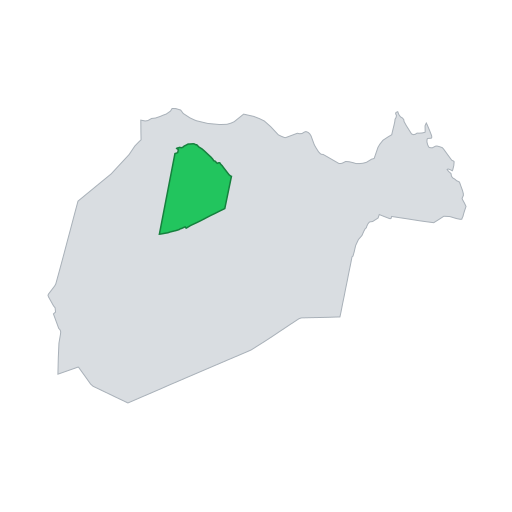 location of Tesker, Zinder, Niger, rotated 191°
{"feature_id": "23599985B16015640173227", "entity_name": "Tesker", "entity_type": "district", "adm_level": 2, "iso_a3": "NER", "parent_name": "Niger", "parent_adm1": "Zinder", "projection": "robinson", "projection_center": [11.083, 15.833], "detail": "fine", "context": "in_parent", "style": "filled", "palette": "green", "viewbox_px": 512, "rotation_deg": 191, "n_neighbors": 0, "source": "geoboundaries", "source_scale": "gbopen_adm2", "svg_char_len": 4106}
<svg xmlns="http://www.w3.org/2000/svg" viewBox="0 0 512 512"><g transform="rotate(191 256 256)"><path d="M395.0,367.4L390.5,367.4L388.0,368.3L384.7,371.1L381.1,372.2L376.7,374.7L373.9,376.6L371.2,378.2L367.6,381.9L366.5,384.8L362.9,385.4L357.8,384.9L354.6,382.0L347.2,379.0L342.4,377.8L340.2,377.4L328.8,376.9L316.8,378.1L310.6,379.5L309.5,379.8L306.0,381.6L303.1,383.6L295.2,392.9L284.9,392.6L278.8,391.5L273.6,390.1L266.3,385.8L257.2,379.2L253.8,378.3L250.6,377.7L249.6,377.8L238.8,384.4L236.7,384.3L234.2,385.0L232.5,386.6L231.2,387.5L230.0,387.6L228.3,387.2L226.6,386.2L224.9,384.4L220.5,377.1L219.6,375.8L217.7,373.6L214.6,370.3L212.4,368.7L211.1,368.3L209.5,368.5L200.9,365.6L192.2,362.6L190.3,363.0L189.0,363.6L186.0,365.9L182.4,366.3L178.0,366.1L175.5,365.8L171.6,366.6L168.9,367.4L165.5,369.0L160.9,373.2L159.7,373.7L158.6,374.4L157.0,385.9L155.8,389.3L153.4,393.9L148.9,398.3L145.9,400.9L145.8,404.4L145.5,410.3L145.4,414.3L145.6,416.9L145.1,418.1L144.9,419.2L145.0,420.9L145.7,421.7L146.2,422.8L145.9,423.7L144.4,424.7L142.8,422.1L140.8,420.2L138.6,419.4L137.0,418.1L136.3,416.2L133.3,412.6L126.6,405.5L125.9,405.4L124.8,405.1L122.8,405.9L121.7,407.1L120.8,407.5L119.6,407.6L116.3,408.5L113.7,409.7L113.7,410.6L114.9,416.0L114.2,419.0L113.1,417.6L109.4,412.1L106.9,408.1L106.4,407.2L106.1,405.8L106.3,405.2L107.4,404.8L109.7,404.2L110.2,403.8L110.3,402.7L110.0,400.6L108.7,397.9L107.3,396.0L106.5,395.6L105.1,395.6L103.6,395.8L100.7,398.1L99.4,398.5L96.4,398.3L93.8,397.9L92.2,396.7L87.4,392.2L82.2,387.4L80.0,386.8L79.5,386.3L79.1,382.6L79.3,378.2L79.6,377.1L81.8,377.8L84.1,378.1L84.9,377.3L83.0,375.7L80.3,374.1L79.4,371.7L78.6,370.9L77.4,370.0L76.0,369.6L74.6,368.9L73.6,368.2L72.1,367.9L70.4,367.4L68.1,363.5L65.8,359.7L64.4,356.8L64.0,355.0L64.7,351.9L64.0,350.7L61.4,347.6L59.3,344.7L59.9,340.3L60.3,336.6L60.4,334.3L60.8,332.9L61.0,331.4L62.5,331.0L66.2,331.0L73.3,331.7L79.0,330.9L79.3,330.8L83.4,326.8L87.9,322.6L94.6,322.2L101.9,321.8L107.6,321.6L115.9,321.3L122.6,321.0L130.4,320.7L130.6,318.7L131.1,318.3L131.9,318.2L137.6,319.2L142.9,320.2L143.4,316.6L148.1,312.1L150.8,311.2L151.5,310.4L152.3,308.8L152.9,306.5L153.1,304.8L154.1,303.4L154.9,300.8L155.9,296.4L158.6,291.7L160.2,285.3L160.4,279.1L160.8,274.4L161.6,273.4L161.6,265.1L161.7,256.7L161.7,249.6L161.8,240.8L161.8,233.1L161.9,224.7L161.9,217.2L162.0,212.2L167.4,211.0L173.0,209.7L181.2,207.9L190.1,206.0L199.7,203.9L201.9,202.6L209.3,195.4L212.6,192.1L219.2,185.6L224.2,180.6L230.7,174.3L237.5,167.9L242.9,162.8L251.4,157.0L264.3,148.3L277.1,139.6L289.9,130.9L302.7,122.2L315.5,113.5L328.2,104.7L341.0,96.0L353.7,87.3L366.5,90.6L378.7,93.8L391.0,97.0L393.9,98.7L400.4,104.9L408.8,112.8L409.1,113.0L409.5,113.0L417.5,108.3L427.9,102.2L430.7,118.7L432.8,132.9L433.0,141.9L433.2,144.2L434.0,145.8L435.9,147.4L443.8,160.5L442.1,162.7L443.3,166.8L445.3,168.5L451.9,176.3L452.7,177.8L452.4,179.1L447.9,188.2L447.2,190.4L446.3,202.1L445.7,210.3L444.9,221.6L444.0,235.2L443.2,246.6L442.2,261.7L441.2,275.9L434.7,283.8L423.2,297.7L413.8,309.0L409.1,316.6L399.9,331.4L395.9,340.9L392.6,345.9L391.0,348.1L392.5,355.1L395.0,367.4Z" fill="#d9dde1" stroke="#a8b0b8" stroke-width="1"/><path d="M329.9,270.0L329.6,270.2L326.0,273.5L319.4,278.3L317.3,279.9L312.9,283.4L308.4,287.0L304.2,290.1L300.1,293.3L295.7,296.6L295.3,329.5L296.0,329.6L296.6,329.9L298.1,330.7L300.8,333.1L304.2,336.1L306.6,338.3L308.0,339.2L309.4,340.6L310.6,340.3L311.7,339.6L312.6,340.1L314.0,341.2L315.8,341.5L316.7,342.6L318.8,344.3L322.2,346.4L326.8,349.3L329.4,350.8L331.5,351.6L332.7,352.0L334.3,353.1L335.4,353.9L336.2,353.7L338.4,354.3L339.8,354.0L341.6,353.5L344.1,352.9L345.5,351.7L347.6,350.1L347.7,349.9L347.8,349.8L348.6,348.8L349.6,348.1L351.9,348.0L352.6,347.5L354.0,346.9L354.4,346.5L354.0,346.2L353.2,346.0L352.7,345.7L352.5,345.0L352.6,342.6L353.5,341.9L354.3,341.5L355.1,341.1L355.0,259.0L354.0,259.3L351.6,260.2L349.1,261.2L347.9,261.6L346.7,262.1L344.9,263.2L342.9,264.1L340.8,265.1L339.6,265.6L338.3,266.3L336.6,267.2L335.2,268.5L334.5,268.7L332.0,270.5L331.1,271.1L329.9,270.0Z" fill="#22c55e" stroke="#15803d" stroke-width="1.5"/></g></svg>